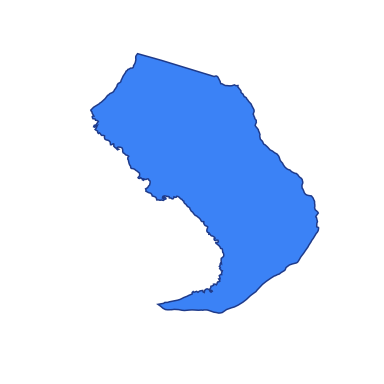 the district of Naviraí, Mato Grosso do Sul, Brazil, rotated 30°
{"feature_id": "56859067B65358919178555", "entity_name": "Naviraí", "entity_type": "district", "adm_level": 2, "iso_a3": "BRA", "parent_name": "Brazil", "parent_adm1": "Mato Grosso do Sul", "projection": "albers", "projection_center": [-54.032, -23.101], "detail": "fine", "context": "isolated", "style": "filled", "palette": "blue", "viewbox_px": 384, "rotation_deg": 30, "n_neighbors": 0, "source": "geoboundaries", "source_scale": "gbopen_adm2", "svg_char_len": 6040}
<svg xmlns="http://www.w3.org/2000/svg" viewBox="0 0 384 384"><g transform="rotate(30 192 192)"><path d="M294.3,252.9L295.1,250.9L297.2,246.2L297.4,244.5L299.2,236.8L301.0,232.2L303.4,227.1L305.3,223.5L306.2,222.6L307.2,220.9L308.6,219.4L309.4,217.3L311.4,213.7L311.6,212.7L311.2,210.4L312.9,206.4L315.0,204.0L317.8,201.3L318.5,200.1L318.7,198.1L318.7,193.6L319.3,189.2L319.5,185.9L319.9,181.8L319.8,179.8L320.0,175.6L319.9,174.1L320.2,171.5L320.3,165.7L320.6,164.4L320.6,162.5L320.0,160.6L319.3,159.5L317.4,159.8L315.7,156.6L315.5,155.0L313.3,152.7L312.6,151.9L311.6,151.6L311.5,150.3L311.9,147.1L311.2,146.6L309.9,146.2L307.6,145.8L306.7,145.0L306.0,144.3L305.6,143.1L305.0,142.1L304.4,141.2L303.7,140.4L303.1,139.2L302.3,138.4L301.1,137.7L300.1,136.8L297.4,135.7L294.5,136.8L292.9,137.2L291.5,137.2L290.4,136.8L289.5,136.4L288.4,135.4L286.5,134.0L285.5,133.6L284.1,131.7L283.6,130.2L283.5,129.0L283.0,128.0L282.2,127.3L281.4,126.3L280.0,125.5L278.4,125.4L277.4,125.2L276.2,124.8L275.1,124.2L273.1,123.8L272.2,124.2L271.4,124.4L268.6,124.6L267.5,124.5L266.6,124.2L265.7,124.0L264.3,124.4L263.0,124.5L260.6,124.1L259.4,123.7L257.2,122.6L256.1,121.8L253.9,121.1L252.6,120.5L250.1,118.3L249.2,117.6L246.7,116.6L243.9,116.7L241.2,116.3L238.6,116.5L235.0,115.3L231.8,114.6L230.4,114.7L229.4,114.2L228.6,113.5L227.5,112.8L224.8,112.1L222.6,109.6L222.2,108.3L220.3,106.6L219.3,106.0L218.3,104.9L216.8,104.2L214.8,103.5L213.5,102.9L213.0,101.1L213.0,99.7L212.4,98.9L211.8,97.8L210.8,97.4L209.5,97.0L208.9,96.0L207.8,95.5L207.1,94.7L206.0,93.9L205.7,92.2L205.4,90.9L204.4,89.7L201.0,87.6L199.1,86.2L195.7,85.2L194.4,84.5L193.1,84.1L192.0,83.3L190.7,83.1L189.7,83.4L187.1,81.7L185.5,81.5L184.6,81.2L183.9,80.0L182.4,79.3L181.2,78.9L180.2,78.4L179.3,78.2L178.6,76.8L176.9,78.0L175.2,78.0L173.4,80.0L172.6,80.6L170.9,81.6L170.0,81.9L167.5,83.2L163.7,83.3L162.8,83.8L161.9,83.1L161.1,82.2L156.9,79.5L156.0,79.3L155.0,79.4L154.1,80.1L153.5,80.9L99.6,93.3L75.7,99.4L75.5,101.3L75.5,102.6L76.3,104.2L77.1,105.2L78.1,108.1L78.3,109.9L78.2,111.8L78.7,112.8L78.7,113.9L78.0,114.8L76.8,115.5L76.2,116.8L75.2,117.9L75.1,119.3L74.5,120.3L74.7,121.7L74.4,126.0L74.7,128.8L74.8,130.7L75.2,132.1L74.8,133.4L73.8,134.9L73.7,136.9L74.2,138.2L74.0,139.3L74.1,140.2L73.8,142.0L73.9,143.6L73.7,144.8L72.8,146.4L71.9,147.5L71.5,148.4L71.3,149.5L70.6,150.5L70.1,154.6L68.5,159.7L67.8,160.9L67.5,162.1L64.4,167.8L63.4,171.7L64.2,172.3L65.3,172.7L66.3,173.8L67.9,174.6L69.0,175.3L68.2,175.7L67.9,176.7L68.8,177.6L69.6,178.1L70.5,177.6L71.7,177.3L72.6,178.1L73.7,177.6L74.6,177.5L75.6,177.7L75.3,181.8L74.0,183.2L74.2,184.7L75.2,184.6L76.8,181.8L77.1,184.8L76.8,186.3L78.2,186.5L79.8,186.4L80.6,187.7L81.7,188.1L82.3,187.0L83.6,187.4L84.7,188.0L85.6,188.1L86.8,187.3L88.2,187.1L88.9,188.6L90.0,189.7L91.6,189.8L93.1,189.3L94.1,189.1L95.1,189.3L96.1,189.6L97.8,191.8L98.7,191.3L99.3,190.1L100.1,189.5L100.8,190.3L101.3,191.4L102.9,191.9L104.5,192.1L106.4,192.7L107.2,191.6L105.8,191.7L105.1,190.9L105.6,190.0L107.9,188.9L109.3,188.8L110.3,189.5L111.0,190.3L111.8,191.7L112.9,192.5L114.1,192.4L116.0,193.0L117.6,192.6L119.3,192.7L119.3,194.5L120.0,195.7L120.9,196.1L121.5,196.9L123.5,199.0L124.6,199.8L125.7,200.2L126.4,201.1L127.1,201.8L128.2,201.8L129.3,201.2L131.0,201.0L132.3,201.3L134.5,201.4L135.6,201.7L136.9,201.8L137.6,202.6L138.2,203.5L138.5,204.8L138.0,206.4L138.8,206.9L140.0,206.4L140.3,205.2L141.9,205.6L143.0,205.1L143.1,206.2L144.2,206.1L144.3,204.7L145.2,204.5L146.0,204.0L146.7,203.0L147.8,202.5L148.8,203.3L150.2,203.5L151.0,204.7L151.8,207.2L151.4,208.6L151.4,210.5L150.7,211.6L150.2,212.5L151.1,213.2L151.7,214.4L153.1,214.3L154.5,214.3L156.8,213.7L157.8,214.0L158.6,214.4L159.5,215.3L162.0,214.7L163.3,214.7L164.5,215.4L165.4,216.5L166.6,215.8L167.4,215.4L168.4,215.2L169.4,214.3L171.4,213.6L171.8,212.5L172.9,210.9L172.2,210.3L170.6,210.5L170.6,211.9L169.4,212.0L169.0,210.4L169.9,209.2L171.1,208.7L172.6,208.3L173.5,207.8L174.5,207.5L175.3,208.5L176.7,207.8L178.0,207.9L178.9,207.5L179.1,206.4L178.8,205.2L180.0,205.1L181.0,204.3L180.9,203.4L182.0,202.9L183.2,202.9L185.8,203.6L187.0,203.4L188.2,204.1L189.5,204.0L190.3,205.1L191.5,205.6L192.7,205.6L194.8,206.6L195.6,206.8L196.6,206.7L198.0,206.9L198.9,207.8L201.1,209.0L202.6,209.1L204.2,209.9L206.5,210.7L207.7,210.4L210.0,210.8L211.6,211.0L213.1,211.6L214.5,212.5L215.6,212.6L217.0,211.8L218.0,213.4L219.3,214.2L220.4,214.5L221.6,214.2L223.0,214.3L223.4,215.2L223.6,216.6L224.0,217.8L224.8,218.8L225.8,219.1L227.1,218.9L227.7,220.2L228.7,219.5L229.6,220.0L230.7,220.3L231.8,219.8L234.4,220.0L235.1,220.6L234.5,221.7L235.6,222.5L236.5,222.2L237.5,221.2L238.6,220.8L239.6,221.7L239.6,222.6L237.8,223.8L238.5,224.5L239.4,224.5L242.2,225.0L243.3,225.4L244.1,225.8L245.0,226.6L246.3,226.1L247.1,226.6L248.8,228.9L249.9,229.3L250.7,230.2L251.5,231.5L251.2,233.3L250.5,234.8L251.0,235.9L251.5,236.8L253.4,239.4L252.3,239.2L252.4,240.3L253.1,241.6L252.9,242.8L254.3,243.2L254.3,244.6L255.5,244.7L256.7,245.6L257.7,245.1L258.2,247.7L259.0,248.7L258.1,249.2L257.4,250.8L258.7,252.0L259.8,253.1L258.6,253.9L260.7,255.2L260.1,256.4L259.3,256.9L259.2,257.9L259.5,258.9L259.5,260.2L258.0,260.2L256.7,261.1L257.3,262.0L256.5,263.2L255.5,264.2L256.1,265.4L256.0,266.6L256.2,268.1L254.9,268.0L253.5,268.3L252.8,269.1L252.4,269.9L252.2,271.0L252.9,272.9L251.5,273.0L250.5,271.9L249.0,273.1L248.1,274.0L247.3,275.9L245.7,275.7L243.8,277.9L242.8,277.6L242.4,278.9L243.1,280.3L240.7,283.4L240.0,284.6L237.5,287.7L236.8,288.9L235.3,291.1L233.7,292.8L227.2,298.5L226.2,299.7L223.6,301.3L223.1,302.6L218.7,306.3L221.9,306.6L225.0,307.2L227.7,307.1L229.8,306.2L233.4,304.0L235.3,302.5L239.3,300.5L242.5,299.4L244.7,298.4L248.5,295.7L251.1,294.0L256.8,291.1L259.2,289.5L260.4,289.0L261.4,288.1L263.3,287.0L264.4,286.5L266.0,286.1L271.2,285.1L273.1,284.3L275.7,283.5L277.1,282.5L278.5,281.2L280.7,276.5L284.0,272.6L286.2,270.3L288.5,266.9L291.2,261.9L292.9,257.7L294.3,252.9ZM256.2,268.1L257.3,267.9L258.3,267.4L259.2,267.8L258.6,269.2L257.4,269.1L256.2,268.1Z" fill="#3b82f6" stroke="#1e3a8a" stroke-width="1.5"/></g></svg>